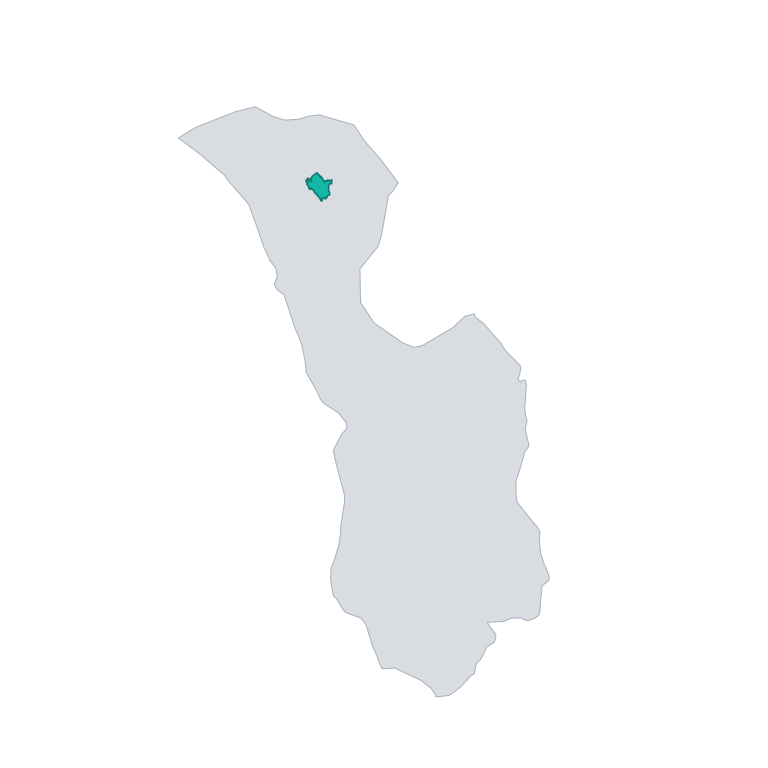 location of Rendas pag., Kuldigas, Latvia, rotated 66°
{"feature_id": "27541924B10762740243269", "entity_name": "Rendas pag.", "entity_type": "district", "adm_level": 2, "iso_a3": "LVA", "parent_name": "Latvia", "parent_adm1": "Kuldigas", "projection": "robinson", "projection_center": [22.21, 57.075], "detail": "fine", "context": "in_parent", "style": "filled", "palette": "teal", "viewbox_px": 768, "rotation_deg": 66, "n_neighbors": 0, "source": "geoboundaries", "source_scale": "gbopen_adm2", "svg_char_len": 5554}
<svg xmlns="http://www.w3.org/2000/svg" viewBox="0 0 768 768"><g transform="rotate(66 384 384)"><path d="M557.8,516.3L553.4,515.7L540.9,512.3L530.4,507.1L523.9,500.3L512.9,490.9L505.7,486.2L494.5,480.2L475.7,468.0L468.9,465.2L436.0,459.9L424.1,457.4L412.9,443.6L409.2,435.6L403.8,434.2L398.0,435.8L391.6,437.5L377.1,446.8L372.3,448.2L363.1,448.3L341.8,450.4L332.0,447.0L315.0,443.2L305.9,442.6L297.7,442.7L261.7,439.0L255.1,443.0L248.5,443.8L242.0,437.6L234.0,435.8L225.1,437.9L209.0,438.1L189.9,436.2L165.6,434.6L162.0,435.3L134.9,443.6L128.3,444.8L98.9,458.8L75.5,471.8L73.0,451.0L74.8,409.3L78.4,388.6L94.5,376.6L102.6,367.2L107.3,354.7L108.8,343.1L112.0,333.5L135.2,306.1L153.5,303.1L178.3,295.5L205.9,289.2L211.2,297.3L213.9,303.4L247.3,325.9L255.9,333.4L269.0,359.2L300.1,372.3L324.4,368.2L334.9,361.8L354.2,350.1L362.8,341.5L364.5,333.3L360.5,297.9L355.0,282.6L356.7,273.0L360.1,273.5L368.2,268.9L395.1,260.4L400.5,260.0L406.6,258.2L423.5,251.7L429.0,255.2L433.7,259.1L436.2,259.2L437.4,257.7L437.0,255.2L438.2,253.4L443.1,254.4L463.0,265.1L470.6,267.6L475.8,268.3L482.2,273.2L499.1,276.6L501.2,279.2L502.6,282.4L518.8,296.0L526.0,302.8L540.3,309.0L546.3,310.5L570.7,304.1L577.5,301.9L583.1,301.9L589.0,305.2L602.3,309.7L614.3,311.1L616.5,310.8L626.6,311.3L630.2,313.0L632.8,321.7L644.6,328.5L655.4,334.2L658.3,336.8L659.3,341.8L658.8,347.7L657.6,350.7L653.3,354.2L649.7,363.1L649.5,371.6L643.9,386.2L645.3,386.5L658.1,383.8L661.9,385.3L664.8,388.6L666.1,397.7L670.5,401.9L675.1,408.3L676.7,413.3L685.2,419.3L686.0,423.2L691.6,436.8L693.9,444.7L695.0,450.8L692.8,458.5L690.9,463.8L688.2,463.5L680.9,464.8L669.3,471.1L652.4,486.0L648.0,489.3L643.8,500.6L642.8,501.8L632.5,501.3L629.8,501.0L619.5,501.2L597.1,498.3L588.5,500.2L577.6,511.7L573.2,513.3L560.1,514.9L557.8,516.3Z" fill="#d9dde1" stroke="#a8b0b8" stroke-width="1"/><path d="M190.6,360.6L190.6,360.3L190.3,360.1L190.2,360.2L189.9,360.3L189.9,360.2L189.5,359.9L189.6,359.7L189.4,359.6L189.2,359.4L189.2,359.1L189.2,358.9L189.1,358.7L189.0,358.3L188.9,358.1L188.9,357.9L189.0,357.8L189.0,357.6L188.9,357.5L188.9,357.0L189.1,356.8L189.1,356.7L188.9,356.6L188.4,356.5L188.2,356.3L187.9,356.2L187.3,356.1L186.9,355.8L186.7,355.8L186.4,355.8L186.1,355.9L186.0,356.0L185.9,356.0L185.6,355.9L185.3,355.9L185.1,355.9L184.8,355.8L184.5,355.7L184.3,355.7L184.0,355.7L183.7,355.6L183.6,355.4L183.4,355.3L183.3,355.1L182.9,355.0L182.6,355.0L182.4,355.0L182.2,355.0L182.2,354.9L181.8,354.9L181.6,354.7L181.4,354.6L181.3,354.4L181.2,354.2L180.9,353.9L180.6,353.7L180.4,353.6L180.1,353.4L179.9,353.3L179.6,353.2L179.4,352.9L179.2,352.8L179.1,352.7L179.2,352.4L179.2,352.2L179.0,351.9L179.1,351.6L179.3,351.3L179.4,351.1L179.7,351.0L179.9,350.7L179.9,350.3L180.0,350.0L179.9,350.1L179.5,350.1L179.3,350.2L179.2,350.3L178.7,350.2L178.4,349.9L178.2,349.8L177.9,349.7L177.8,349.4L177.5,349.3L177.2,349.1L176.6,348.7L176.4,348.6L176.3,348.8L176.4,349.1L176.3,349.3L176.3,349.5L176.4,349.8L176.3,350.0L176.2,350.2L176.3,350.2L176.3,350.3L176.2,350.4L176.2,350.6L176.1,350.8L175.8,350.8L175.7,350.9L175.5,351.0L175.5,351.3L175.6,351.5L175.7,351.9L175.7,352.0L175.6,352.3L175.3,352.5L175.2,352.6L174.8,352.7L174.7,352.8L174.8,352.9L174.9,353.0L175.0,353.1L175.2,353.3L175.3,353.4L175.3,353.5L175.3,353.8L175.2,353.8L175.1,354.0L175.1,354.3L175.0,354.5L175.0,354.9L174.9,354.9L174.9,355.0L174.7,355.1L174.6,355.3L174.8,355.4L175.0,355.4L175.0,355.5L174.9,355.6L174.6,355.5L174.3,355.6L174.2,355.8L173.9,355.9L173.8,356.0L174.0,356.1L174.3,356.3L174.2,356.3L168.9,357.0L169.1,357.5L169.4,357.7L169.4,357.8L169.1,357.9L169.0,358.0L168.9,357.9L168.8,357.7L168.7,357.7L168.4,357.8L168.2,358.0L167.9,357.9L167.7,358.0L167.4,358.0L167.2,358.1L166.7,358.2L166.6,358.6L164.4,358.9L164.6,359.9L163.8,360.0L164.4,362.6L165.0,365.2L165.0,365.3L165.5,365.2L165.6,365.3L165.9,365.5L166.4,367.9L167.2,367.6L167.3,367.6L168.5,367.5L168.8,367.5L169.2,367.6L169.5,367.7L169.5,367.8L169.4,367.9L168.7,368.6L167.8,369.3L167.3,369.5L167.1,369.7L166.8,369.6L166.5,369.6L166.4,369.4L166.1,369.4L166.1,369.6L165.7,369.9L164.9,369.9L164.9,370.0L165.0,370.3L165.3,370.3L165.1,370.4L165.3,370.4L165.4,370.5L165.4,370.4L165.4,370.5L165.5,370.5L165.4,370.6L165.5,370.5L166.4,370.8L166.2,371.0L166.3,371.3L166.2,371.8L166.3,372.0L166.6,372.1L166.9,372.1L167.1,372.2L166.5,372.5L166.9,372.8L167.4,372.9L168.0,372.5L168.2,372.4L168.1,372.2L168.3,372.0L168.6,371.7L168.8,371.9L169.1,372.2L169.3,372.4L169.2,372.5L169.4,372.9L169.7,373.0L169.9,373.0L170.1,373.2L170.3,373.2L171.6,372.8L172.4,372.7L172.5,372.7L173.1,372.8L173.1,372.6L173.6,372.6L173.8,372.7L174.1,372.7L174.3,372.8L174.5,372.9L175.0,372.9L175.5,372.8L175.9,372.8L175.9,372.6L175.7,372.5L175.6,372.4L175.8,372.3L175.5,372.3L175.3,372.0L175.7,372.0L175.4,371.1L176.7,370.9L176.8,370.8L176.5,370.7L177.1,370.2L177.3,370.0L177.5,369.9L177.6,370.0L177.8,369.7L178.4,369.6L178.6,369.6L178.8,369.6L178.7,369.5L178.9,369.5L179.3,369.5L179.8,369.7L180.3,369.5L180.4,369.4L180.9,369.5L181.5,369.3L181.9,369.3L182.0,369.3L182.1,369.1L182.1,368.9L182.3,368.8L182.4,368.6L182.7,368.5L183.1,368.5L183.5,368.5L183.6,368.2L183.9,368.3L184.2,368.4L184.1,368.5L184.3,368.4L184.5,368.4L184.8,368.3L185.3,368.2L185.7,367.9L185.9,367.8L186.3,367.6L186.9,367.5L187.5,367.3L188.6,366.9L189.3,366.8L189.5,367.2L191.3,366.9L191.2,366.5L191.2,366.0L190.9,366.0L190.9,365.9L190.8,365.3L189.3,365.4L189.2,365.1L189.1,364.7L189.0,364.0L188.9,363.9L189.1,363.7L189.2,363.3L189.3,362.9L190.1,362.8L190.4,362.8L190.7,362.7L191.0,362.6L190.6,360.6Z" fill="#14b8a6" stroke="#0f766e" stroke-width="1.5"/></g></svg>